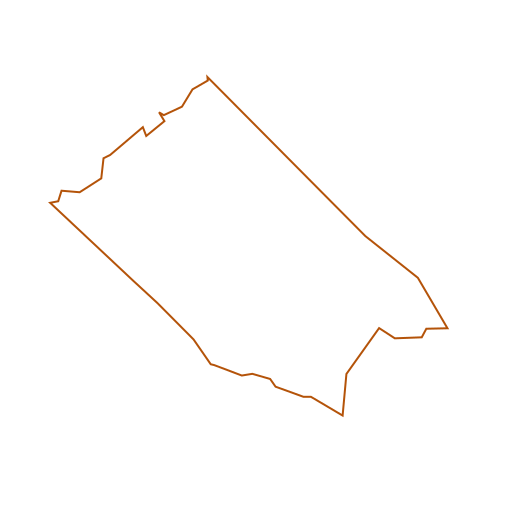 Toombs, Georgia, United States of America (orthographic projection), rotated 127°
{"feature_id": "52423323B90214298110326", "entity_name": "Toombs", "entity_type": "district", "adm_level": 2, "iso_a3": "USA", "parent_name": "United States of America", "parent_adm1": "Georgia", "projection": "orthographic", "projection_center": [-82.313, 32.133], "detail": "fine", "context": "isolated", "style": "outline", "palette": "amber", "viewbox_px": 512, "rotation_deg": 127, "n_neighbors": 0, "source": "geoboundaries", "source_scale": "gbopen_adm2", "svg_char_len": 605}
<svg xmlns="http://www.w3.org/2000/svg" viewBox="0 0 512 512"><g transform="rotate(127 256 256)"><path d="M337.4,452.4L349.7,338.7L352.9,306.5L360.2,255.7L369.7,227.0L368.3,223.8L360.0,195.4L352.3,188.0L345.7,170.7L348.6,161.7L339.9,133.4L335.4,127.4L331.3,90.8L295.8,112.8L239.5,114.3L238.2,95.6L221.2,74.7L211.6,76.2L198.5,59.6L176.0,113.6L174.3,180.6L142.3,402.5L144.9,400.1L161.1,407.0L181.3,405.0L199.0,414.4L199.6,419.9L203.4,410.3L226.2,415.9L221.2,423.9L263.1,433.3L269.7,436.6L287.1,426.3L311.2,435.2L320.9,450.6L331.3,446.9L337.4,452.4Z" fill="none" stroke="#b45309" stroke-width="2"/></g></svg>